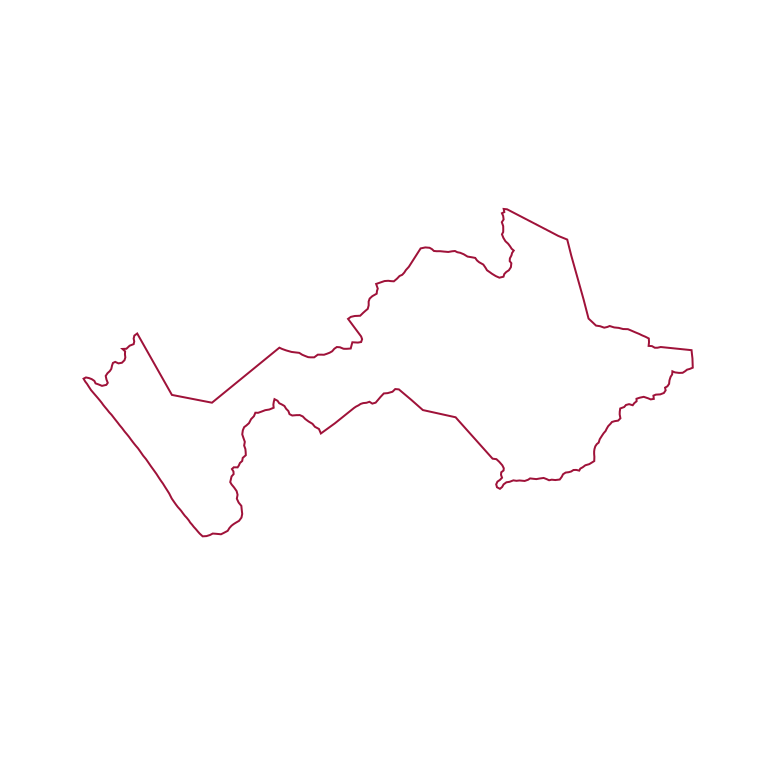 Entre Rios, Bahia, Brazil (Robinson projection), rotated 111°
{"feature_id": "56859067B60526671351349", "entity_name": "Entre Rios", "entity_type": "district", "adm_level": 2, "iso_a3": "BRA", "parent_name": "Brazil", "parent_adm1": "Bahia", "projection": "robinson", "projection_center": [-38.013, -12.095], "detail": "fine", "context": "isolated", "style": "outline", "palette": "rose", "viewbox_px": 768, "rotation_deg": 111, "n_neighbors": 0, "source": "geoboundaries", "source_scale": "gbopen_adm2", "svg_char_len": 5242}
<svg xmlns="http://www.w3.org/2000/svg" viewBox="0 0 768 768"><g transform="rotate(111 384 384)"><path d="M177.7,335.0L180.4,333.3L182.3,335.1L184.4,333.0L187.5,331.3L190.7,332.0L193.9,329.3L197.1,328.0L199.4,327.2L202.0,327.5L204.8,324.9L207.2,321.8L208.6,318.3L210.3,315.6L212.0,313.3L212.9,310.7L215.8,311.4L218.2,311.1L221.6,311.5L224.2,310.7L225.6,308.4L229.5,307.4L233.1,308.2L235.6,310.0L238.2,311.1L241.0,310.9L243.4,314.4L243.2,318.3L242.4,322.7L241.7,325.3L240.9,328.6L239.0,331.0L236.9,334.1L236.2,338.9L235.3,341.5L233.6,344.0L234.2,347.3L235.1,351.7L234.3,356.1L234.2,359.9L234.7,362.8L234.4,365.4L235.7,368.0L237.7,371.3L238.9,375.5L239.9,379.2L241.1,382.2L241.9,385.1L240.9,387.6L240.5,390.3L241.7,394.4L244.3,398.4L265.7,402.8L269.8,404.4L272.7,405.0L275.5,406.1L277.6,408.2L281.0,409.6L284.6,411.6L285.5,414.5L286.1,417.0L287.7,420.4L293.4,427.2L297.2,424.0L299.7,423.9L302.3,423.2L306.2,426.4L309.4,428.0L312.5,427.9L316.0,426.5L319.7,426.1L322.2,427.5L325.1,429.0L328.8,430.7L331.0,435.7L333.2,439.0L336.1,440.9L347.8,422.4L350.0,420.5L353.0,420.4L354.7,423.2L355.6,426.1L356.4,428.5L359.2,428.2L362.8,427.8L364.4,431.2L365.6,434.4L365.5,438.3L366.4,441.3L368.9,443.0L372.0,444.1L374.2,445.9L376.3,448.2L378.2,450.5L379.1,453.1L380.3,456.3L384.1,458.7L385.3,461.7L386.1,464.4L386.1,467.2L386.0,470.8L385.3,474.3L386.4,478.6L387.2,481.8L387.7,487.3L387.8,491.6L387.6,494.7L463.1,537.9L470.2,578.1L425.3,632.5L428.3,634.4L431.3,634.0L433.8,632.4L436.5,632.0L439.4,635.2L443.4,637.1L445.0,640.7L446.3,637.4L449.1,636.5L451.9,635.0L454.8,634.8L458.1,636.3L459.9,639.3L459.7,642.9L461.5,644.6L464.3,644.5L467.6,644.0L470.2,644.6L473.0,646.0L476.2,646.7L479.3,644.7L481.9,642.3L484.3,642.9L486.8,646.6L486.7,650.4L486.8,653.5L484.9,655.5L484.2,658.6L484.2,661.6L484.7,664.6L486.7,666.4L488.8,663.8L490.3,661.3L492.1,658.9L494.7,655.3L497.2,650.7L499.5,646.4L501.3,643.2L502.7,640.8L504.1,638.7L505.5,636.3L507.1,633.4L508.9,630.4L510.4,627.3L511.8,625.0L513.5,622.2L515.5,618.8L517.3,615.9L519.0,612.8L521.4,609.0L523.1,605.9L524.6,603.3L526.3,600.7L528.0,598.0L529.5,595.5L530.8,593.2L532.2,590.6L534.2,587.6L537.2,583.2L539.4,579.3L541.5,576.2L544.2,572.3L547.0,568.0L549.5,564.2L552.0,560.8L554.2,557.7L556.1,554.8L558.6,551.5L561.1,548.1L563.2,545.3L565.2,543.1L567.0,541.1L569.2,537.9L571.2,534.9L572.8,532.3L573.9,530.1L575.1,527.9L576.8,525.3L578.4,522.7L579.5,520.4L581.3,517.3L582.8,515.3L584.1,512.8L585.5,510.5L586.9,507.7L588.5,504.8L589.7,502.5L591.2,498.7L589.6,495.2L587.3,492.3L585.0,490.3L584.2,487.7L583.5,485.2L582.7,482.3L580.3,480.1L577.1,477.3L573.9,476.7L571.0,475.6L568.7,474.2L566.7,472.7L563.7,470.3L559.8,469.2L556.1,469.8L552.3,471.8L548.9,473.5L546.8,477.2L543.8,480.3L539.9,481.0L536.8,483.2L534.3,486.9L532.4,490.3L530.7,492.4L527.8,492.8L524.9,493.2L522.0,492.1L519.6,493.2L517.9,495.5L515.6,494.4L514.3,490.8L512.1,490.3L509.4,490.2L506.7,488.8L503.6,489.4L500.0,487.5L497.0,488.8L494.4,490.1L491.6,492.5L487.9,493.2L484.6,496.0L481.8,498.3L477.8,499.2L474.4,499.1L472.0,497.6L468.9,496.0L464.4,495.5L460.7,493.9L456.9,493.8L456.0,491.2L453.7,488.5L451.0,485.5L448.9,481.9L445.7,478.5L442.9,479.9L440.1,480.5L437.4,480.8L437.8,477.4L439.5,474.9L439.7,472.3L440.2,469.1L442.2,466.5L443.5,463.6L446.0,461.4L446.3,458.4L444.6,454.9L443.2,451.5L443.4,448.2L444.9,445.0L446.0,441.1L446.8,436.5L448.7,433.2L449.3,428.6L452.8,425.2L438.2,415.7L417.1,403.4L415.1,402.0L413.0,400.1L411.0,398.7L409.3,396.6L407.8,393.6L405.8,391.2L406.5,387.9L404.4,385.1L397.3,382.6L392.9,380.8L391.2,377.3L388.2,373.3L384.7,371.7L383.7,368.2L389.0,352.9L394.4,338.4L389.4,305.2L391.3,301.6L414.8,255.9L413.9,252.1L415.3,248.6L417.5,244.4L419.7,242.0L421.9,241.4L424.4,242.9L426.9,242.2L429.2,240.2L432.0,241.4L434.5,243.1L437.5,243.3L439.9,241.5L440.3,238.2L437.8,236.8L434.9,236.4L431.9,234.5L430.3,231.7L427.6,228.7L426.9,225.6L425.5,222.9L424.1,217.9L421.7,215.1L419.8,213.8L419.0,210.7L418.2,207.7L416.5,204.9L414.5,201.3L414.5,198.2L414.7,195.4L413.2,193.1L412.3,189.7L410.2,185.7L407.0,184.8L404.1,184.5L401.6,182.7L400.1,179.9L398.6,177.9L396.4,176.3L395.3,173.7L394.9,170.7L392.6,170.4L390.6,168.7L387.7,166.9L385.3,163.7L383.1,162.0L380.6,160.1L376.6,161.5L373.9,162.8L371.5,163.7L369.3,164.2L366.5,164.4L363.9,163.8L361.8,162.6L358.2,162.8L353.8,161.9L351.2,161.3L348.5,160.3L346.1,160.1L343.0,159.6L340.0,158.3L337.8,157.6L336.0,155.3L334.3,152.3L331.3,151.0L327.9,153.1L325.3,154.0L322.2,154.7L319.4,151.5L316.9,150.6L315.0,148.0L314.7,144.2L312.2,143.5L309.6,142.0L307.3,143.0L305.1,140.3L302.9,136.9L302.7,132.3L302.8,129.5L301.2,126.8L298.3,128.3L296.5,126.4L294.7,122.4L292.1,119.5L289.0,118.8L286.7,120.3L284.6,118.6L281.7,117.9L278.3,118.8L274.6,119.0L271.8,118.4L268.8,119.3L268.9,116.6L267.9,112.5L266.5,109.2L264.2,107.5L262.0,106.2L260.4,104.0L258.1,101.6L249.6,105.2L245.2,107.5L242.2,109.0L250.3,138.9L252.2,141.8L253.1,144.2L252.6,147.4L253.6,150.6L249.9,151.6L246.6,153.1L246.2,156.9L246.1,160.4L245.8,163.7L245.7,168.0L245.5,172.5L245.4,175.9L247.0,180.5L247.5,185.0L248.7,189.4L249.0,194.1L250.7,195.9L252.5,198.6L252.6,203.0L253.5,207.0L249.6,216.5L233.5,228.0L197.0,255.2L183.5,264.7L183.3,274.4L182.6,280.3L176.8,331.7L177.7,335.0Z" fill="none" stroke="#9f1239" stroke-width="2"/></g></svg>